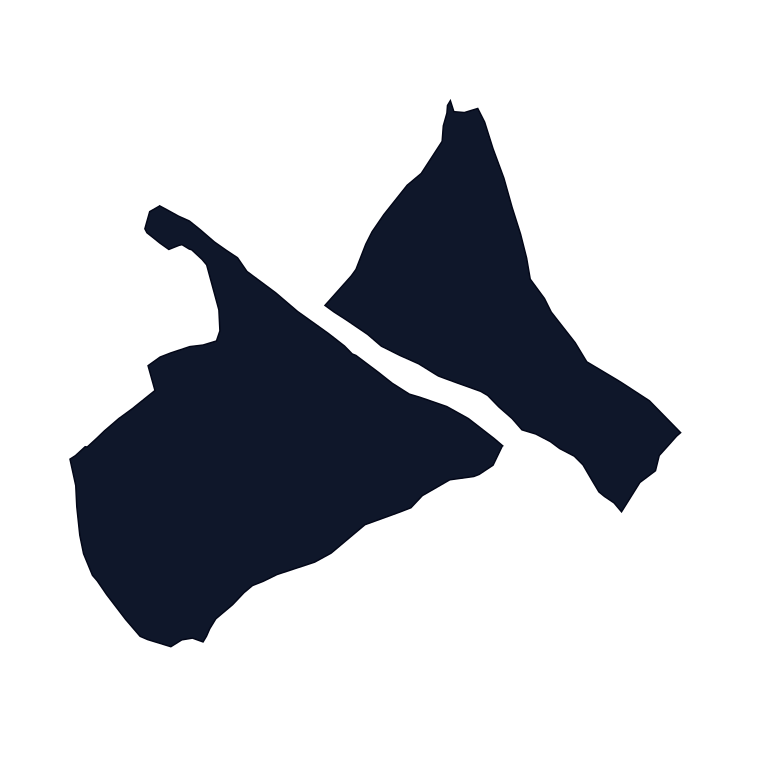 Luxor, Qina, Egypt (Mercator projection), rotated 98°
{"feature_id": "37247803B96963536963151", "entity_name": "Luxor", "entity_type": "district", "adm_level": 2, "iso_a3": "EGY", "parent_name": "Egypt", "parent_adm1": "Qina", "projection": "mercator", "projection_center": [32.656, 25.722], "detail": "fine", "context": "isolated", "style": "filled", "palette": "ink", "viewbox_px": 768, "rotation_deg": 98, "n_neighbors": 0, "source": "geoboundaries", "source_scale": "gbopen_adm2", "svg_char_len": 2121}
<svg xmlns="http://www.w3.org/2000/svg" viewBox="0 0 768 768"><g transform="rotate(98 384 384)"><path d="M664.6,527.3L658.5,524.7L650.6,522.5L640.0,517.9L634.5,513.0L623.6,503.2L610.1,493.6L601.9,486.2L596.1,476.0L587.6,463.5L579.9,447.9L570.0,427.8L558.8,412.8L536.9,393.1L526.0,383.3L508.5,350.3L504.7,343.5L502.8,340.1L489.2,330.5L469.7,305.5L463.1,282.2L460.3,277.2L449.2,264.7L428.9,258.2L428.7,257.9L422.6,267.5L406.5,295.6L397.6,318.7L395.9,327.3L392.1,346.8L390.5,357.5L382.1,376.0L373.2,391.2L359.6,415.8L358.7,419.6L351.9,428.4L341.9,445.8L336.8,455.5L324.2,479.7L308.8,503.9L295.0,529.2L291.6,535.4L279.4,546.6L273.6,558.7L266.9,571.8L256.9,587.3L249.7,599.4L246.4,610.8L241.6,623.4L238.8,631.0L239.1,631.2L245.9,640.0L258.3,641.7L263.6,642.4L267.2,639.8L270.3,634.5L275.6,625.6L280.7,615.8L277.8,610.8L275.2,606.2L274.1,603.4L277.5,595.6L277.8,593.2L285.8,581.7L290.7,576.2L326.2,561.0L333.7,557.8L354.2,553.9L364.7,555.9L370.6,568.6L374.0,581.5L382.8,599.3L388.5,609.5L398.7,620.2L422.3,609.9L440.7,627.2L442.8,629.1L446.9,633.3L455.0,641.7L457.4,643.8L469.3,654.3L477.5,660.7L487.7,669.1L487.7,671.2L497.9,679.6L502.1,684.5L527.5,675.1L548.0,671.2L551.7,670.3L576.1,664.2L593.9,657.9L614.0,646.1L618.8,640.6L631.2,629.3L653.2,607.0L667.8,590.4L670.0,582.4L673.8,558.5L665.5,548.6L662.3,538.3L664.6,527.3ZM477.5,131.0L445.9,116.9L432.1,103.1L416.5,101.5L405.7,94.2L394.9,87.0L390.9,83.5L363.7,118.8L349.8,148.5L347.5,153.7L333.8,186.3L316.4,200.5L289.5,228.4L277.0,237.0L259.8,253.8L239.4,260.3L216.6,269.6L191.3,281.7L163.5,293.9L135.8,308.8L110.6,320.8L98.1,329.5L104.0,342.2L104.6,352.7L94.2,357.7L99.3,359.9L107.0,359.4L120.1,361.2L135.6,360.2L170.3,376.4L183.9,388.7L216.2,407.7L234.9,417.0L248.1,421.5L274.4,427.7L281.6,431.5L314.4,453.4L319.8,443.2L325.6,430.6L337.1,407.2L346.9,391.9L353.5,372.2L359.2,352.4L367.0,334.8L368.5,331.3L370.0,324.6L372.9,311.1L377.8,287.3L380.9,279.7L390.7,267.1L400.4,252.3L410.2,241.0L412.4,226.7L417.9,211.2L423.5,201.0L429.0,185.5L436.4,175.7L451.2,164.0L461.0,156.1L464.7,150.0L469.7,139.7L477.5,131.0Z" fill="#0f172a" stroke="#020617" stroke-width="1.5"/></g></svg>